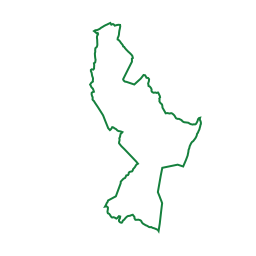 Jaguaquara, Bahia, Brazil, rotated 209°
{"feature_id": "56859067B83796410289338", "entity_name": "Jaguaquara", "entity_type": "district", "adm_level": 2, "iso_a3": "BRA", "parent_name": "Brazil", "parent_adm1": "Bahia", "projection": "albers", "projection_center": [-39.94, -13.546], "detail": "fine", "context": "isolated", "style": "outline", "palette": "green", "viewbox_px": 256, "rotation_deg": 209, "n_neighbors": 0, "source": "geoboundaries", "source_scale": "gbopen_adm2", "svg_char_len": 4046}
<svg xmlns="http://www.w3.org/2000/svg" viewBox="0 0 256 256"><g transform="rotate(209 128 128)"><path d="M194.4,211.3L195.1,210.3L195.9,209.2L196.5,208.3L197.3,207.3L198.3,205.8L199.0,204.5L200.2,202.5L200.7,201.2L201.6,199.8L202.5,198.7L204.0,197.6L204.7,196.3L202.7,196.0L201.2,195.6L200.6,196.4L199.7,195.7L199.6,194.6L199.6,193.3L199.0,192.0L197.7,190.2L196.7,188.5L196.1,187.5L195.3,186.2L194.9,185.3L194.6,183.9L195.2,181.9L194.4,180.1L193.6,178.8L193.1,177.1L192.3,175.8L191.5,174.6L190.8,173.6L190.1,172.7L189.4,171.9L188.9,170.6L188.5,169.4L189.2,168.1L188.4,167.1L187.8,166.2L187.3,165.0L186.5,163.5L186.7,162.2L188.1,161.8L188.6,160.8L188.0,159.7L186.6,158.7L185.5,157.3L184.7,156.3L183.9,155.6L183.1,154.9L182.4,154.0L181.9,152.7L181.2,151.6L181.9,150.2L182.1,149.1L182.2,147.6L181.0,146.9L179.7,145.9L177.9,145.4L176.4,144.2L175.4,143.2L176.2,142.4L176.8,141.3L176.3,140.0L175.1,138.7L173.9,137.8L173.3,136.8L172.8,135.7L171.9,135.3L170.7,135.0L169.6,134.3L164.3,131.6L156.1,127.1L155.2,126.4L151.6,123.4L146.3,119.1L145.2,118.2L142.8,117.4L142.4,118.4L142.2,119.8L142.2,121.1L141.0,121.4L139.7,121.2L137.7,121.2L136.2,120.7L134.8,120.7L133.6,121.2L132.0,121.6L130.9,121.7L131.1,120.6L131.6,119.3L131.2,117.8L130.7,116.5L130.6,114.8L129.8,113.8L129.3,112.8L129.0,111.4L128.4,110.3L125.8,109.2L124.7,108.8L120.7,107.7L104.4,102.6L102.0,101.6L102.9,100.0L103.0,98.4L103.0,97.2L103.2,96.2L103.6,94.4L103.3,93.2L103.4,92.1L104.4,91.2L105.4,90.3L105.6,89.1L105.1,87.9L105.2,86.8L106.5,85.7L106.4,84.5L106.3,83.0L107.4,81.4L107.7,80.1L108.0,79.1L108.3,77.5L107.6,76.1L105.5,62.4L110.3,54.9L110.0,53.4L110.2,52.0L110.0,50.1L110.0,48.1L108.8,49.1L107.1,48.8L106.3,47.4L105.9,46.2L105.3,44.7L104.3,43.7L102.8,43.8L101.3,43.1L100.0,42.3L98.5,42.0L97.3,43.0L95.9,43.2L94.3,43.1L93.7,44.1L93.5,45.1L93.2,46.5L91.9,46.8L91.3,45.0L91.3,43.2L90.8,42.3L89.8,41.8L88.8,41.7L87.6,42.1L87.4,43.2L87.6,44.5L86.9,45.9L86.6,47.8L86.1,49.6L85.5,50.8L84.7,51.5L83.7,52.2L83.0,53.2L81.8,54.4L80.3,53.8L79.2,53.3L78.5,52.1L77.0,51.3L75.6,52.1L74.4,52.9L73.4,53.1L72.3,53.3L71.2,53.0L70.0,52.1L68.4,51.6L66.9,51.6L65.4,51.5L64.4,51.7L63.0,51.7L61.7,51.6L60.6,51.9L59.8,52.6L58.1,52.6L56.4,53.0L54.8,53.2L53.5,53.3L52.4,53.3L51.3,52.7L53.8,59.6L58.9,71.9L61.7,78.8L62.5,79.5L63.4,80.3L65.6,82.1L67.1,83.4L70.8,86.4L76.3,102.3L78.7,109.8L66.8,120.0L64.7,120.4L61.1,121.1L61.8,128.1L62.5,132.9L62.9,134.0L63.2,135.0L63.6,136.3L64.4,138.2L64.6,140.0L65.2,142.0L65.3,143.7L65.4,145.3L65.2,146.9L64.6,148.1L64.4,149.6L64.1,151.6L64.1,153.1L64.2,154.5L64.8,156.6L64.5,157.9L64.8,159.0L64.8,160.2L64.9,161.4L65.3,162.9L65.7,164.6L66.1,165.8L66.2,166.9L66.9,168.1L67.8,169.1L68.7,169.7L69.6,170.6L69.9,171.9L70.7,171.1L71.0,169.6L70.6,168.1L70.5,166.9L70.5,165.9L70.5,164.6L71.1,163.6L72.2,163.2L73.0,162.4L74.0,162.1L75.0,161.8L76.4,161.7L77.6,161.9L78.7,161.5L80.2,160.9L81.6,160.3L82.7,160.2L84.0,160.4L84.9,160.8L86.1,160.8L87.9,160.7L89.1,160.0L90.6,159.8L92.1,160.6L93.2,161.3L94.3,161.7L95.2,161.9L96.3,162.1L97.5,161.9L98.5,160.9L99.7,160.5L100.9,160.1L102.2,159.1L103.7,160.1L105.2,161.0L106.5,161.8L107.7,162.5L108.7,164.0L109.7,165.1L110.8,165.3L112.3,165.8L113.6,166.7L114.0,167.9L114.9,168.9L114.8,170.4L115.7,171.4L116.7,172.1L118.0,173.1L119.0,173.6L119.9,172.6L121.3,172.3L122.8,171.2L124.4,171.2L125.5,171.9L126.1,173.2L127.3,174.1L129.0,174.8L130.4,174.7L131.1,175.7L132.0,176.7L132.4,179.0L133.2,180.9L134.7,181.5L136.2,180.9L137.2,181.6L138.6,182.4L140.1,181.9L140.8,177.4L143.6,169.1L144.7,168.9L151.8,167.6L153.1,167.1L154.8,167.4L155.9,168.3L156.4,179.8L156.7,187.9L157.5,189.3L158.2,190.5L157.7,191.6L159.1,193.1L160.3,193.7L161.6,194.1L163.0,194.5L164.9,194.9L166.1,195.3L167.5,195.7L169.4,196.4L170.7,197.1L171.8,197.0L172.7,197.9L174.0,198.5L175.2,198.9L177.1,199.9L178.8,200.4L180.0,200.4L180.6,201.7L180.8,203.8L181.2,205.3L181.9,206.8L182.7,208.8L183.3,210.9L183.7,212.1L184.1,213.2L184.9,214.3L186.3,213.7L187.5,212.8L189.2,211.1L190.5,211.6L191.6,211.6L192.7,210.3L194.4,211.3Z" fill="none" stroke="#15803d" stroke-width="2"/></g></svg>